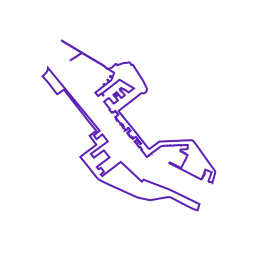 Police Department Port Said Port, Bur Sa`id, Egypt (Robinson projection), rotated 289°
{"feature_id": "37247803B70757387881176", "entity_name": "Police Department Port Said Port", "entity_type": "district", "adm_level": 2, "iso_a3": "EGY", "parent_name": "Egypt", "parent_adm1": "Bur Sa`id", "projection": "robinson", "projection_center": [32.315, 31.253], "detail": "fine", "context": "isolated", "style": "outline", "palette": "violet", "viewbox_px": 256, "rotation_deg": 289, "n_neighbors": 0, "source": "geoboundaries", "source_scale": "gbopen_adm2", "svg_char_len": 5735}
<svg xmlns="http://www.w3.org/2000/svg" viewBox="0 0 256 256"><g transform="rotate(289 128 128)"><path d="M177.6,126.9L180.6,123.2L182.0,121.3L189.4,112.0L188.6,110.8L190.6,108.2L188.5,104.2L188.4,103.3L183.8,97.3L184.3,96.5L184.5,96.6L184.5,95.5L182.6,94.5L179.7,93.0L177.8,90.6L177.7,90.2L177.5,89.6L177.5,89.3L177.5,88.9L177.6,88.3L178.5,86.5L178.7,85.9L179.1,84.9L180.0,80.7L183.6,63.1L189.1,37.2L188.8,37.2L184.0,59.9L172.7,51.1L183.9,60.1L182.2,68.1L179.7,80.6L178.8,84.8L178.3,86.1L177.9,87.1L177.4,88.1L177.2,88.6L177.2,89.0L177.2,89.5L177.3,89.9L177.5,90.4L177.5,90.5L176.8,91.5L176.3,94.4L176.0,95.9L175.5,97.0L171.2,96.8L171.2,95.4L171.4,95.4L171.5,94.3L170.6,94.3L170.6,95.4L170.9,95.4L170.9,96.8L167.6,96.6L165.8,95.4L166.5,94.3L166.3,94.2L167.1,93.0L166.9,92.9L166.2,94.1L165.9,93.9L165.3,95.0L161.1,92.3L161.8,91.2L161.3,90.8L160.5,91.9L150.8,85.6L148.5,89.3L152.0,91.6L150.6,93.8L151.1,94.1L152.3,92.3L155.2,94.2L170.9,104.4L167.4,120.7L161.9,117.1L162.6,114.0L162.9,114.0L162.9,113.8L162.7,113.8L163.1,111.8L163.4,111.8L163.4,111.6L163.1,111.5L163.7,108.6L162.2,107.6L161.5,108.8L161.0,108.5L160.5,109.3L161.0,109.7L157.9,114.4L154.2,111.9L158.1,105.7L157.0,104.9L155.3,107.6L154.0,106.8L155.7,104.1L154.6,103.4L152.3,107.0L150.7,109.5L146.5,106.7L146.5,106.4L150.1,100.6L150.1,100.4L149.3,99.9L149.3,99.5L145.2,96.8L143.4,99.4L139.8,105.0L139.0,104.6L137.3,107.6L138.3,108.3L137.9,109.1L139.5,110.2L139.8,110.1L140.1,110.4L139.7,111.0L139.3,110.9L138.4,112.6L138.5,112.8L137.4,114.6L135.4,113.5L135.5,113.3L134.1,112.4L133.6,113.4L133.4,113.3L133.0,113.9L133.3,114.0L133.2,114.2L132.3,113.8L131.3,115.2L132.0,115.7L130.1,118.7L129.4,119.7L130.1,120.4L130.0,120.6L128.9,119.9L128.7,120.3L129.6,121.4L129.4,121.8L128.5,121.2L127.6,122.5L128.3,123.2L127.9,123.6L126.7,123.0L126.3,123.7L126.7,124.1L125.5,126.1L125.2,125.9L125.3,125.9L125.1,125.8L124.9,126.1L125.1,126.2L125.4,126.2L125.1,126.7L126.0,127.2L126.0,127.4L127.4,128.3L127.5,128.2L127.6,128.3L127.9,127.9L128.1,128.1L128.2,128.4L126.3,131.4L125.1,130.6L125.2,130.4L125.4,130.5L125.5,130.3L125.0,130.0L124.9,130.1L125.0,130.3L124.9,130.5L124.0,129.9L124.3,129.4L123.7,129.0L123.5,129.3L123.8,129.6L123.7,129.7L123.3,129.4L123.2,129.6L123.0,130.0L122.8,129.9L123.1,129.3L122.8,129.1L122.0,130.3L122.3,130.5L122.6,130.1L122.8,130.2L122.1,131.2L121.5,130.9L120.2,133.0L121.2,133.7L120.5,134.7L120.3,134.6L120.1,134.9L119.9,134.8L119.7,135.2L120.7,135.8L120.3,136.4L119.3,135.8L119.1,136.1L122.2,138.2L122.5,137.8L121.0,140.5L120.7,140.3L117.7,145.4L116.6,144.7L119.5,140.3L119.4,139.9L117.5,138.7L117.3,138.9L117.1,138.8L116.8,139.3L117.0,139.8L116.2,141.3L115.9,141.1L114.7,142.9L113.2,145.1L114.0,145.7L112.2,148.3L111.5,147.8L106.9,155.2L106.8,155.4L106.9,155.5L108.7,156.8L109.0,156.6L111.3,158.3L111.3,158.6L111.5,158.5L111.9,158.7L112.0,158.6L113.9,159.9L114.2,160.2L114.2,160.3L117.8,162.6L120.7,164.6L121.1,165.0L121.5,165.4L121.7,165.7L122.7,167.7L122.9,167.7L123.0,168.0L122.9,168.0L123.0,168.4L124.1,170.6L123.9,170.7L124.7,172.9L124.8,172.8L125.1,172.9L125.2,173.1L125.4,173.4L125.4,173.6L125.4,174.0L125.2,174.1L126.4,177.2L126.6,177.1L128.1,181.4L128.3,181.3L129.1,183.3L128.6,183.6L128.7,183.9L129.0,183.8L131.4,189.9L131.3,190.1L131.2,190.2L128.1,191.1L127.8,191.1L127.4,190.9L127.2,190.7L127.0,190.4L125.1,185.3L124.9,185.0L124.6,184.8L124.4,184.7L124.1,184.7L123.8,184.7L123.7,184.8L123.4,185.0L123.1,185.2L123.0,185.6L122.8,187.2L123.2,187.3L123.0,188.5L122.6,188.4L122.5,189.0L122.9,189.0L122.7,190.3L122.1,190.2L122.0,191.2L121.9,193.1L115.9,192.7L115.9,192.4L114.2,192.2L107.6,191.3L107.4,191.3L107.4,190.8L107.5,190.8L109.1,178.9L109.1,178.7L108.9,178.5L108.7,178.4L108.4,178.4L108.3,178.5L108.2,178.6L108.1,178.8L105.2,200.7L104.9,201.8L103.9,208.9L103.5,211.8L103.2,213.3L103.2,213.6L103.3,213.9L103.5,214.2L103.8,214.3L104.2,214.3L104.4,214.3L104.5,214.3L104.5,214.5L104.5,214.8L104.8,214.9L105.0,214.9L105.1,214.6L107.7,214.6L107.7,215.5L109.9,215.5L109.9,214.7L113.7,214.7L113.5,221.5L103.9,221.4L103.7,221.5L103.3,222.0L103.5,222.5L103.7,222.9L103.8,223.4L103.9,223.9L103.9,224.4L103.8,224.8L103.7,225.0L103.5,225.6L104.1,225.5L113.7,225.1L114.6,224.9L115.2,224.6L115.5,224.4L115.9,223.9L117.9,221.1L119.2,219.2L120.6,217.2L129.5,204.8L133.9,198.7L135.7,196.0L136.7,194.5L137.0,193.8L137.2,192.8L137.2,192.1L136.9,191.5L134.1,184.1L132.1,179.2L131.0,176.3L125.3,161.9L123.2,160.6L118.5,157.4L117.1,156.5L116.3,155.9L115.6,155.4L115.3,155.0L115.2,154.5L115.2,154.1L119.2,147.9L127.6,134.9L140.9,113.5L142.1,114.3L143.2,114.9L150.1,119.4L156.1,123.4L163.7,128.3L165.3,129.3L165.5,130.1L165.6,130.8L165.8,131.4L166.2,131.9L166.7,132.6L167.6,133.2L168.7,133.5L169.8,133.5L170.8,133.3L171.5,132.9L171.9,132.6L177.6,126.9ZM72.8,220.6L79.3,220.4L83.3,187.3L84.2,159.6L81.8,158.5L93.6,132.2L74.2,119.4L75.3,117.4L78.8,119.5L81.5,115.3L79.4,113.6L80.9,111.2L94.2,120.1L99.0,112.5L88.9,105.4L91.4,101.3L108.7,113.3L113.6,105.9L107.2,101.9L109.9,98.1L116.2,102.1L158.8,32.7L156.5,33.2L154.0,32.8L149.0,30.4L144.9,37.9L137.5,49.0L136.9,50.0L137.3,50.5L141.1,53.3L142.9,54.5L143.1,54.7L143.2,55.1L143.0,55.5L138.7,62.2L136.5,65.4L127.1,80.0L121.9,87.8L115.3,98.5L115.0,98.9L114.6,98.7L108.3,94.3L105.5,98.2L101.9,103.5L95.9,99.5L90.3,95.7L86.3,93.1L85.1,92.3L76.9,105.5L76.1,106.6L73.8,110.2L71.2,114.3L70.3,116.0L70.0,116.7L69.7,117.6L69.4,119.3L69.3,120.1L68.9,123.1L68.6,125.8L68.0,131.5L67.7,135.1L66.8,144.5L65.4,158.7L65.6,161.9L66.1,165.8L66.8,171.3L67.0,172.3L67.1,172.7L67.3,173.1L74.0,185.2L75.0,186.9L75.5,188.1L75.9,189.0L76.1,189.6L76.2,190.0L76.2,191.0L76.1,192.4L75.9,193.2L75.6,195.5L74.6,201.9L73.9,206.9L73.2,211.7L72.7,216.1L72.6,218.3L72.8,219.0L72.8,219.7L72.8,220.6Z" fill="none" stroke="#5b21b6" stroke-width="2"/></g></svg>